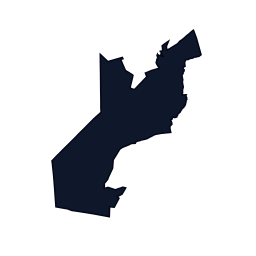 outline of Múzquiz, Coahuila, Mexico, rotated 252°
{"feature_id": "50627088B33107431183944", "entity_name": "Múzquiz", "entity_type": "district", "adm_level": 2, "iso_a3": "MEX", "parent_name": "Mexico", "parent_adm1": "Coahuila", "projection": "robinson", "projection_center": [-101.589, 28.349], "detail": "fine", "context": "isolated", "style": "filled", "palette": "ink", "viewbox_px": 256, "rotation_deg": 252, "n_neighbors": 0, "source": "geoboundaries", "source_scale": "gbopen_adm2", "svg_char_len": 4650}
<svg xmlns="http://www.w3.org/2000/svg" viewBox="0 0 256 256"><g transform="rotate(252 128 128)"><path d="M200.8,220.5L200.7,220.0L200.5,219.5L200.5,219.4L200.4,219.3L200.4,219.2L200.3,218.9L200.2,218.8L200.2,218.7L200.0,218.2L199.7,217.5L199.6,217.3L199.6,217.2L199.4,216.8L198.0,213.6L198.1,213.4L196.1,208.9L195.2,206.5L194.7,204.8L194.5,204.0L193.2,202.0L192.7,200.9L190.4,191.5L190.2,189.8L190.1,189.7L191.5,189.2L192.0,189.3L194.0,189.9L198.0,193.3L196.2,187.2L195.6,187.2L195.6,185.9L193.4,185.5L190.7,184.9L191.0,182.4L190.9,182.4L190.9,182.5L190.4,182.8L189.8,182.8L189.5,182.8L189.2,182.8L188.9,182.9L188.6,183.1L188.4,183.2L188.1,182.1L185.9,183.3L185.2,183.7L185.2,183.4L185.3,183.3L185.3,183.2L185.5,182.9L185.7,182.7L185.8,182.4L186.0,182.3L186.3,182.0L186.5,181.7L186.8,181.4L186.9,181.1L186.9,180.9L187.0,180.6L187.1,180.4L187.2,180.2L187.3,180.1L187.4,179.8L187.4,179.7L187.6,179.6L187.8,179.5L188.1,179.4L188.3,179.3L188.4,179.2L188.5,179.0L188.6,178.9L188.5,178.7L188.9,178.7L188.3,178.2L187.7,177.9L186.5,178.1L185.6,178.1L185.4,177.8L185.3,177.7L185.1,177.6L184.9,177.4L184.8,177.2L184.7,177.2L184.5,176.9L184.4,176.7L184.2,176.6L183.9,176.5L183.7,176.4L183.4,176.4L183.3,176.2L183.2,176.1L182.9,176.1L182.8,175.9L182.7,175.9L182.5,175.7L182.3,175.5L182.2,175.4L181.9,175.3L181.7,175.1L181.4,175.1L181.2,175.0L180.9,175.0L180.7,175.0L180.3,175.1L180.2,175.1L179.9,175.1L179.6,175.1L179.4,175.2L179.3,175.4L179.2,175.4L178.9,175.5L178.4,175.5L178.3,175.4L178.2,175.4L177.7,175.5L177.4,175.7L177.3,175.8L177.2,175.8L176.9,175.9L176.7,176.1L176.4,176.2L176.2,176.2L176.1,176.3L176.0,176.5L175.9,176.6L175.6,176.8L175.4,176.9L175.4,177.0L175.3,176.6L175.3,173.3L175.3,172.6L175.4,168.4L175.2,165.7L174.9,161.5L170.9,161.7L168.8,157.7L167.4,155.2L166.4,153.2L165.1,150.8L162.9,146.8L162.6,146.1L164.7,142.8L166.3,142.8L167.5,143.5L174.1,147.6L176.6,149.0L177.3,148.6L180.4,146.0L182.6,144.1L183.5,143.3L191.0,142.6L193.6,142.4L196.1,142.2L196.2,142.3L195.5,142.8L195.5,143.6L195.4,144.0L195.4,144.6L196.9,144.4L197.0,140.8L197.1,137.8L197.4,129.4L206.6,124.4L205.7,124.1L196.7,121.3L186.9,118.3L185.4,117.8L179.6,116.0L172.7,113.8L166.1,111.8L161.9,110.5L156.7,108.8L155.1,108.3L154.2,108.1L152.7,107.7L151.2,107.2L150.5,105.5L150.0,104.5L149.8,103.9L149.5,103.3L148.6,101.1L147.7,99.3L147.3,98.3L146.5,96.8L144.1,92.1L143.6,91.1L140.9,85.9L137.4,78.9L136.7,77.6L135.8,76.0L133.7,71.9L132.7,69.9L127.4,59.3L124.9,54.5L124.7,54.3L124.2,53.0L120.2,45.5L119.9,45.5L117.1,45.0L115.4,44.6L109.6,43.4L104.6,42.3L89.7,38.7L86.6,37.9L76.5,35.4L75.3,35.1L72.5,40.4L70.9,43.4L69.9,45.4L67.0,49.0L63.9,55.3L60.6,61.8L57.1,68.6L51.9,78.2L49.4,82.8L58.8,86.2L56.9,90.4L61.9,95.6L64.0,97.7L66.1,96.6L66.9,101.8L69.3,104.6L71.7,107.3L73.3,104.8L73.2,103.0L73.2,99.2L73.1,96.9L77.7,90.7L77.8,86.6L80.3,87.7L82.5,88.2L83.0,89.0L85.4,92.7L87.2,94.1L94.5,100.9L102.3,104.1L105.8,108.3L107.9,110.7L110.3,113.5L111.2,116.2L111.4,118.0L111.7,123.0L112.2,126.5L111.2,130.1L111.6,130.5L112.5,131.5L112.6,133.1L112.4,134.6L112.3,135.7L112.5,136.4L112.5,137.2L112.3,137.9L112.3,138.5L112.2,139.4L112.1,140.4L112.0,140.8L112.1,141.0L112.0,143.0L112.4,144.6L112.9,148.2L113.4,150.7L113.4,152.6L112.8,156.9L112.8,157.5L110.6,167.3L113.9,167.6L116.6,168.3L118.0,170.9L119.8,171.3L122.1,170.9L122.8,171.0L122.5,171.7L122.6,172.1L122.8,172.4L123.1,172.9L123.5,172.8L123.8,172.9L124.2,173.3L124.5,173.7L124.5,174.3L124.3,174.4L123.9,174.9L123.5,175.6L123.4,176.2L123.6,176.9L123.5,177.1L123.4,177.8L124.3,178.3L124.9,179.2L125.2,179.3L125.4,179.5L125.9,179.7L126.3,180.7L126.7,182.0L127.0,182.4L127.3,182.5L127.5,183.1L127.9,183.1L128.2,183.2L128.9,184.8L129.5,185.1L130.1,185.5L130.0,186.4L130.3,186.9L130.4,187.4L130.8,187.6L131.6,188.8L131.8,189.3L131.7,189.3L132.2,189.5L132.4,189.8L132.9,189.8L133.5,190.1L133.7,190.5L134.7,191.1L135.1,191.2L135.3,191.4L136.0,191.4L137.0,192.8L137.9,192.9L138.2,193.0L138.9,193.2L139.7,192.8L140.0,193.0L140.3,192.8L140.8,193.2L141.1,193.2L141.4,193.4L141.6,193.6L142.6,190.2L142.6,189.8L142.8,189.7L143.4,189.9L144.1,190.5L144.9,190.9L145.5,191.1L147.1,191.5L147.6,191.6L148.0,192.1L148.4,192.4L148.8,192.3L149.8,193.2L150.5,193.4L151.1,193.3L151.7,193.4L152.8,193.7L153.3,193.4L154.2,193.8L155.2,194.1L156.0,194.4L156.7,194.9L156.9,195.0L161.2,195.5L161.6,195.7L162.9,197.3L164.0,197.5L164.4,198.5L165.8,199.4L168.1,198.5L168.5,199.4L169.3,199.6L168.9,200.6L169.0,201.3L172.9,202.1L175.1,204.0L174.7,205.8L174.5,206.9L175.0,208.0L174.5,210.9L175.0,213.8L174.4,214.5L174.7,215.0L174.2,217.5L175.1,220.1L179.4,220.3L189.5,220.7L191.0,220.8L193.1,220.8L200.8,220.5Z" fill="#0f172a" stroke="#020617" stroke-width="1.5"/></g></svg>